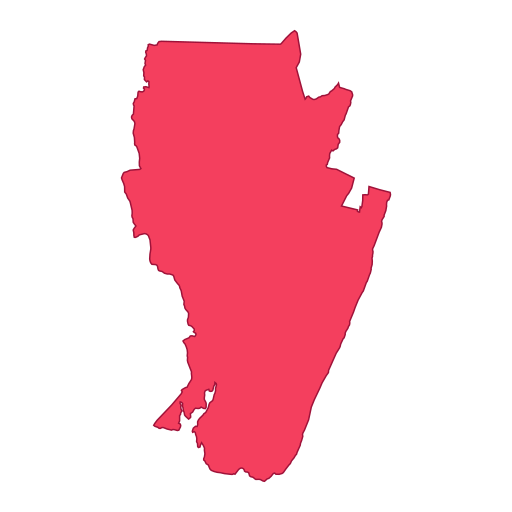 Kilifi South, Coast, Kenya
{"feature_id": "3690345B19939243433246", "entity_name": "Kilifi South", "entity_type": "district", "adm_level": 2, "iso_a3": "KEN", "parent_name": "Kenya", "parent_adm1": "Coast", "projection": "robinson", "projection_center": [39.732, -3.813], "detail": "fine", "context": "isolated", "style": "filled", "palette": "rose", "viewbox_px": 512, "rotation_deg": 0, "n_neighbors": 0, "source": "geoboundaries", "source_scale": "gbopen_adm2", "svg_char_len": 6047}
<svg xmlns="http://www.w3.org/2000/svg" viewBox="0 0 512 512"><path d="M148.2,44.7L148.3,46.2L147.6,47.6L147.1,50.5L145.9,50.9L145.7,52.3L146.3,53.9L146.5,55.9L145.4,57.4L144.6,59.0L145.5,60.4L145.0,63.5L145.6,65.1L144.3,66.7L143.2,69.7L143.9,72.7L143.7,75.9L144.5,76.9L144.4,79.6L146.6,81.9L147.9,80.9L149.0,81.9L148.8,84.1L149.1,86.0L148.9,87.6L145.9,86.7L143.7,87.0L143.5,88.2L144.4,89.0L144.3,90.2L143.6,91.3L142.3,91.9L140.4,91.7L139.0,91.2L138.1,92.1L137.7,96.2L136.7,98.6L135.0,98.8L134.2,101.9L133.3,103.4L133.5,104.9L134.1,105.9L133.4,114.1L132.1,115.4L131.5,117.0L131.9,118.8L134.4,121.5L134.9,123.6L134.0,129.0L133.4,130.7L133.2,133.2L134.4,137.5L134.7,142.4L134.6,143.6L134.8,145.0L135.9,145.6L136.9,147.0L139.2,153.4L139.7,158.4L139.3,162.0L139.4,165.8L140.9,168.6L139.7,169.4L130.1,170.2L127.1,171.6L124.2,172.4L123.3,173.4L121.5,177.9L122.1,179.8L123.7,183.5L124.6,186.6L124.7,192.0L126.3,194.1L127.7,198.0L129.9,201.2L130.3,202.6L132.1,210.3L132.2,213.2L131.9,215.8L132.2,217.3L133.0,218.7L133.2,222.2L134.0,223.5L135.9,226.0L134.1,228.4L133.2,230.0L133.8,232.7L133.9,235.6L134.3,237.3L135.4,237.4L136.6,236.9L138.0,236.2L139.3,234.9L144.4,233.6L146.1,233.9L147.5,234.7L148.4,235.7L150.0,239.9L150.8,247.5L150.8,249.1L150.0,254.1L149.7,259.0L150.0,260.9L150.7,262.8L151.9,264.3L155.7,264.6L156.9,265.2L157.5,266.3L158.0,269.0L158.6,270.4L159.5,270.9L162.2,271.5L164.4,273.2L167.3,274.0L169.7,274.0L172.8,275.0L173.7,276.1L174.8,280.0L177.7,283.8L178.9,285.0L179.6,286.4L179.8,287.7L181.2,290.7L182.2,296.2L184.2,301.2L183.9,304.5L184.6,306.1L184.9,308.0L185.7,309.4L188.0,312.0L188.6,313.4L188.4,317.3L187.5,319.8L187.5,321.3L188.1,324.1L188.8,325.3L190.6,325.7L191.9,326.5L194.2,329.0L194.3,330.6L193.4,331.7L194.4,332.6L195.6,333.1L196.0,334.2L195.6,335.4L194.7,336.5L192.0,335.8L190.3,336.0L189.0,337.8L184.7,339.6L183.0,341.0L183.9,342.7L185.1,344.1L186.3,346.9L187.2,349.8L187.5,352.8L187.2,356.0L187.6,357.2L187.4,360.3L187.8,362.3L191.5,371.8L191.4,373.7L191.7,376.0L191.8,377.9L191.5,379.5L188.9,383.5L187.1,387.2L185.5,387.6L182.2,389.5L181.4,390.4L182.2,391.8L181.3,393.7L171.7,405.0L157.2,420.2L154.8,423.4L153.7,425.3L154.9,426.3L157.8,427.3L159.1,428.3L160.3,428.4L162.0,427.5L163.5,427.6L167.0,429.0L171.6,430.1L172.9,429.5L174.6,429.7L177.3,430.5L178.8,430.2L180.5,426.8L180.7,425.2L180.1,423.9L178.6,423.3L179.6,420.9L179.6,415.6L180.5,414.5L180.7,412.8L181.9,411.1L181.0,409.0L180.7,406.9L181.0,405.1L180.0,403.3L180.2,401.9L181.5,402.3L182.6,403.4L182.5,406.4L183.0,407.5L183.4,410.7L184.1,412.2L184.6,415.0L185.5,416.2L188.6,419.1L189.8,418.2L190.7,417.1L190.4,413.6L192.6,412.1L194.2,409.3L195.5,408.2L198.2,408.5L199.8,408.2L201.1,407.1L203.6,408.4L205.3,408.6L206.1,407.3L206.2,403.9L205.9,402.4L204.4,399.6L204.3,398.0L204.7,395.0L204.5,392.9L205.0,391.1L206.2,390.2L208.8,389.3L209.3,391.0L210.6,391.4L211.9,391.2L212.8,390.2L213.8,386.1L214.8,384.5L214.9,382.5L216.2,383.5L216.5,384.8L215.5,388.6L215.6,390.7L214.9,393.3L214.2,394.7L213.1,399.5L212.5,400.7L209.9,402.7L209.1,404.3L208.3,407.6L205.7,412.5L203.9,413.7L202.9,415.2L199.6,418.4L198.3,420.2L197.6,421.9L197.7,424.7L197.1,426.5L195.5,426.3L193.3,428.2L192.3,431.2L192.7,432.3L194.2,431.6L195.3,432.5L195.7,434.6L196.5,436.7L196.8,438.7L196.6,441.7L197.5,443.4L197.7,446.7L198.5,447.5L200.0,447.0L200.4,445.2L201.6,442.7L203.3,445.4L204.5,448.1L204.4,450.2L204.9,453.8L204.4,457.0L203.7,458.7L203.7,460.0L204.8,460.9L206.2,463.7L208.3,465.0L209.9,468.9L211.2,470.3L214.1,471.5L217.2,472.3L220.5,472.7L224.5,473.6L231.6,474.4L232.8,474.3L233.7,473.7L235.0,474.2L238.6,469.5L239.5,468.8L240.4,468.2L241.9,468.0L243.4,468.7L244.2,469.9L244.5,471.1L245.6,471.9L247.5,472.1L248.7,472.8L249.6,475.9L251.0,476.8L252.3,477.0L253.4,477.5L254.7,478.7L255.8,479.4L259.1,479.3L260.5,479.6L263.0,481.0L264.5,481.3L267.3,478.8L268.8,478.4L271.1,476.3L273.3,473.5L274.7,473.1L275.8,474.2L279.1,474.3L282.0,473.5L283.3,472.6L285.9,468.9L289.0,464.9L290.3,463.6L291.5,460.9L293.9,458.0L295.5,455.3L296.5,454.3L297.0,452.5L300.2,445.3L300.5,443.3L301.6,440.5L302.8,436.3L302.5,434.5L302.9,433.0L304.5,430.0L308.6,419.8L311.3,407.1L314.3,399.7L319.7,388.4L322.1,382.8L326.3,375.5L328.4,372.6L328.6,370.3L336.2,353.2L339.4,348.1L340.1,346.6L340.7,344.0L343.0,339.0L344.1,337.8L345.2,334.6L345.2,333.1L345.8,331.5L347.9,328.2L348.4,326.6L349.5,324.9L349.8,322.9L349.6,321.5L353.5,312.1L355.1,307.5L358.1,300.1L362.2,292.5L363.3,291.0L366.3,282.6L367.2,281.3L369.6,274.5L370.3,273.1L371.2,269.4L371.1,268.1L372.1,264.6L372.3,261.1L372.0,258.0L372.5,256.6L372.5,255.0L372.9,253.2L373.0,251.6L372.6,250.1L372.6,248.8L374.1,245.7L379.1,232.3L381.4,227.3L382.0,224.1L382.0,222.9L381.6,221.4L382.0,219.8L384.1,216.5L384.1,215.1L385.8,210.7L386.6,206.1L386.5,204.6L386.7,202.2L387.5,200.3L388.8,199.9L390.3,195.9L390.5,194.4L390.1,192.4L379.6,189.7L369.0,186.5L368.4,194.2L367.4,194.9L365.1,194.7L362.8,194.9L362.7,200.6L361.9,206.4L361.3,207.7L360.2,206.8L359.5,212.1L358.4,211.9L357.4,211.2L357.6,209.9L341.5,206.0L346.7,195.7L348.6,193.4L351.6,188.1L354.2,178.1L336.6,169.3L331.8,168.8L326.9,167.6L326.3,166.2L326.3,165.0L327.3,164.4L327.6,162.6L329.6,157.9L329.5,156.0L329.7,153.6L331.6,150.2L333.0,150.9L334.1,149.9L335.2,149.2L336.4,148.9L337.7,147.8L338.2,144.3L339.7,142.3L339.7,140.3L339.0,138.8L337.7,137.7L337.4,136.1L337.5,134.5L338.7,133.2L338.9,130.5L339.6,126.6L341.2,124.6L342.7,121.7L344.1,119.9L345.3,115.3L346.1,113.8L348.5,106.9L349.9,105.8L350.5,104.1L350.8,102.2L350.5,101.0L352.6,95.9L352.6,94.6L351.7,91.8L350.1,90.7L345.8,89.4L344.2,88.7L339.6,87.4L338.5,83.1L337.7,84.5L335.0,87.2L334.4,88.5L331.5,91.0L330.4,91.5L328.7,94.1L327.6,94.6L324.8,95.5L322.1,95.7L320.5,96.8L318.7,97.2L316.5,98.8L315.2,99.3L314.1,99.5L313.0,99.4L309.8,97.5L308.7,96.1L306.6,96.8L306.0,98.2L305.1,99.2L302.6,91.5L296.2,67.7L299.3,62.0L300.7,54.2L297.1,33.1L296.0,31.7L294.6,30.7L291.2,33.0L286.1,38.0L281.6,43.2L280.5,44.2L253.0,43.8L161.5,41.3L159.0,41.6L157.7,43.3L157.1,44.9L154.2,45.4L149.5,44.1L148.2,44.7Z" fill="#f43f5e" stroke="#9f1239" stroke-width="1.5"/></svg>